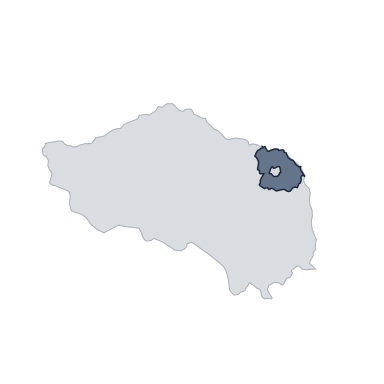 where Baranya sits in Hungary, rotated 219°
{"feature_id": "HUN-3155", "entity_name": "Baranya", "entity_type": "County", "adm_level": 1, "iso_a3": "HUN", "parent_name": "Hungary", "parent_adm1": "", "projection": "albers", "projection_center": [18.29, 46.076], "detail": "fine", "context": "in_parent", "style": "filled", "palette": "slate", "viewbox_px": 384, "rotation_deg": 219, "n_neighbors": 0, "source": "natural_earth", "source_scale": "10m", "svg_char_len": 4324}
<svg xmlns="http://www.w3.org/2000/svg" viewBox="0 0 384 384"><g transform="rotate(219 192 192)"><path d="M303.6,109.9L307.6,109.2L307.7,109.3L308.7,109.6L309.5,112.5L310.7,114.5L311.7,117.0L313.2,118.9L316.4,119.5L320.5,121.7L323.4,126.1L327.5,127.7L327.7,127.8L328.5,127.5L331.4,127.2L332.0,128.1L334.4,130.1L335.4,132.0L335.0,134.1L335.6,136.4L336.5,137.2L335.5,138.8L328.5,147.0L325.8,149.2L323.8,149.7L320.8,149.1L317.7,149.9L315.0,151.7L312.4,152.3L310.5,154.4L308.2,158.8L305.3,162.5L302.2,164.9L300.7,167.0L300.8,173.9L299.2,175.9L296.9,178.1L295.7,179.9L292.6,190.5L290.0,194.0L287.5,196.7L287.2,199.1L287.3,201.8L284.6,207.3L281.0,213.1L280.3,215.4L281.3,218.4L277.7,222.2L275.6,223.9L273.9,224.8L272.9,227.1L271.2,232.6L271.8,235.0L271.9,237.3L268.8,238.7L268.0,241.2L267.3,244.3L266.0,245.7L262.5,248.4L253.6,247.5L250.3,248.5L249.4,250.3L249.2,251.8L248.1,253.2L246.2,255.0L244.1,255.8L239.4,253.8L229.6,256.2L227.9,257.8L226.5,256.8L224.3,255.8L214.3,254.8L210.4,255.9L205.2,255.6L200.3,254.6L196.7,255.5L193.6,259.8L192.0,261.3L190.8,262.3L188.0,263.6L185.8,265.3L182.7,266.5L180.0,266.4L177.4,264.5L176.5,265.0L175.7,266.7L174.3,268.1L170.4,270.0L169.4,269.9L169.2,269.9L166.3,271.3L161.4,272.0L158.9,271.5L154.5,277.5L153.1,278.6L148.9,280.4L145.4,281.3L142.4,280.6L141.3,280.5L128.0,280.2L121.1,278.9L116.7,276.6L113.8,273.9L112.4,271.1L109.0,269.3L103.6,268.6L99.4,265.7L96.5,260.6L92.5,256.5L87.4,253.5L83.4,249.2L80.5,243.7L75.3,238.8L67.6,234.3L65.3,233.3L64.9,231.9L61.2,226.4L59.6,224.4L59.8,221.7L59.1,220.2L57.8,219.1L57.1,215.2L56.8,212.4L55.7,210.5L47.5,209.9L54.6,203.2L58.1,201.4L62.0,201.8L63.3,201.2L63.7,200.2L64.4,198.0L64.8,195.9L65.2,193.9L64.8,192.8L62.9,192.4L62.0,187.5L63.1,185.7L64.1,184.4L63.0,178.4L63.4,176.4L66.5,176.2L69.1,175.0L71.2,173.6L71.8,171.7L73.6,168.0L72.1,163.4L63.3,160.2L62.9,159.0L65.0,157.8L67.2,156.0L68.5,154.6L70.2,154.4L72.6,155.2L76.8,158.6L78.4,159.1L80.0,158.2L81.7,158.0L86.4,158.2L90.4,157.5L89.5,153.9L89.6,151.3L89.0,149.3L89.4,147.0L91.0,145.3L91.6,141.3L94.1,138.7L95.2,138.3L99.6,138.9L100.6,139.6L101.3,139.7L108.1,146.3L114.6,151.3L120.0,153.9L127.9,154.1L136.3,154.3L150.3,153.5L160.8,152.8L161.5,151.6L163.1,148.6L161.8,146.1L161.9,143.2L163.6,139.3L168.8,136.1L183.6,134.6L192.1,132.1L193.3,128.8L196.1,125.6L198.6,124.9L202.2,126.3L206.5,129.0L210.3,130.4L212.4,129.4L219.8,124.5L228.4,119.7L233.9,106.9L234.5,104.9L240.9,103.3L250.2,103.2L255.1,104.7L258.7,105.5L264.1,105.0L271.8,102.0L274.7,101.9L277.0,103.8L279.5,105.3L281.2,107.3L282.6,110.1L283.3,111.1L284.5,112.5L286.5,114.4L288.5,114.9L302.8,110.7L303.6,109.9Z" fill="#d9dde1" stroke="#a8b0b8" stroke-width="1"/><path d="M123.4,280.1L123.4,279.8L122.5,278.3L121.2,277.4L115.9,275.7L114.9,275.6L114.5,275.4L114.5,275.0L115.7,275.1L116.7,274.5L116.8,272.7L116.1,271.4L114.9,270.3L114.0,268.7L113.5,266.8L114.2,265.6L112.9,261.7L115.5,260.4L116.3,258.4L116.2,254.5L117.5,253.0L119.5,252.3L121.6,252.3L123.0,251.2L127.1,245.9L132.0,245.3L132.9,244.4L133.2,243.0L134.0,242.3L135.1,242.6L136.3,242.7L137.1,241.6L137.9,240.2L143.0,239.7L144.3,240.0L144.5,240.8L144.4,241.8L146.0,243.7L146.9,246.0L147.6,251.4L149.3,250.1L150.0,249.3L151.1,249.1L153.3,251.2L154.1,251.2L155.0,250.6L155.7,251.4L156.9,253.8L158.2,255.9L159.6,257.5L161.8,258.7L164.1,259.4L164.9,259.3L165.7,259.4L166.0,260.1L166.0,261.0L166.7,262.5L166.8,264.0L167.1,264.9L166.8,266.3L166.2,267.5L165.9,269.4L164.9,270.7L165.8,271.6L165.6,271.6L165.0,271.1L164.6,271.8L164.4,272.4L164.2,272.8L163.8,273.1L163.2,273.0L161.5,272.1L159.3,271.4L158.5,271.5L157.5,272.5L157.3,272.8L157.2,273.6L157.1,274.0L156.4,274.8L155.4,276.6L154.9,277.3L153.0,278.9L151.8,279.4L150.9,278.9L150.1,279.4L148.6,281.3L147.8,282.0L147.5,282.0L147.2,282.1L146.9,282.0L146.6,282.0L145.8,281.0L145.1,281.0L144.4,281.4L143.6,281.7L142.9,281.4L142.1,280.6L141.1,280.6L139.8,279.6L138.9,279.3L135.3,279.3L134.9,279.4L134.2,280.0L133.7,280.1L133.2,280.1L128.6,278.8L125.5,278.8L124.8,278.8L124.4,279.0L124.2,279.5L123.9,280.0L123.4,280.1ZM145.5,262.2L145.9,261.4L145.3,258.9L143.7,255.0L141.9,256.1L140.2,255.7L138.3,255.5L136.6,256.8L135.6,257.9L135.2,260.4L136.0,261.8L135.3,263.3L136.8,264.2L138.5,265.9L140.0,266.7L141.2,265.9L142.0,264.6L142.5,263.1L143.3,261.8L144.1,261.8L145.5,262.2Z" fill="#64748b" stroke="#1e293b" stroke-width="1.5"/></g></svg>